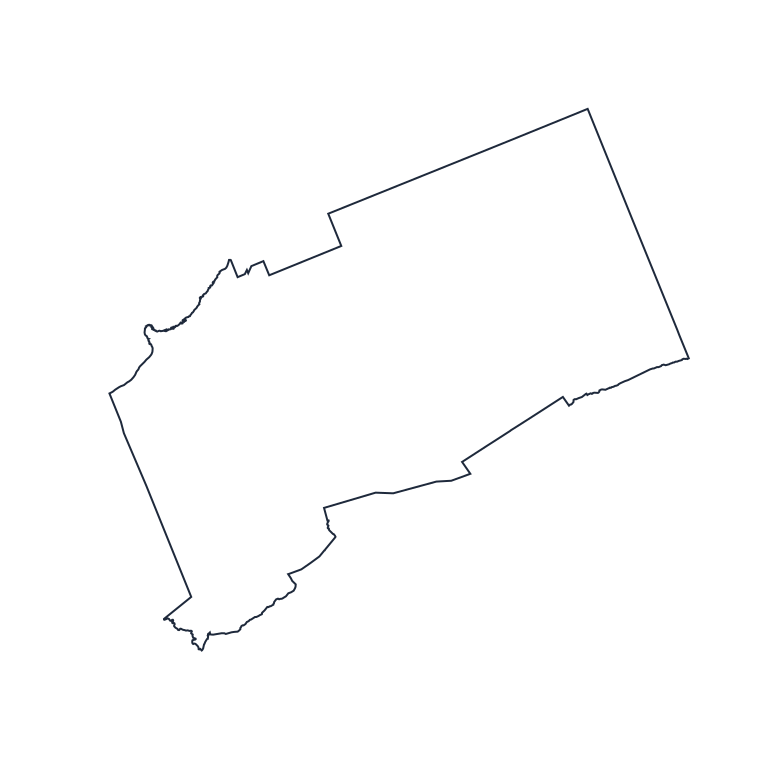 Wakefield, South Australia, Australia, rotated 68°
{"feature_id": "25037944B28741170589797", "entity_name": "Wakefield", "entity_type": "district", "adm_level": 2, "iso_a3": "AUS", "parent_name": "Australia", "parent_adm1": "South Australia", "projection": "equal_earth", "projection_center": [138.381, -34.007], "detail": "fine", "context": "isolated", "style": "outline", "palette": "slate", "viewbox_px": 768, "rotation_deg": 68, "n_neighbors": 0, "source": "geoboundaries", "source_scale": "gbopen_adm2", "svg_char_len": 6106}
<svg xmlns="http://www.w3.org/2000/svg" viewBox="0 0 768 768"><g transform="rotate(68 384 384)"><path d="M520.0,676.2L520.3,676.0L520.4,675.4L520.4,674.3L520.3,673.5L520.4,672.2L521.3,671.4L523.1,671.0L523.5,670.8L523.6,669.9L523.3,668.6L523.5,668.1L523.8,668.0L524.4,668.1L524.9,668.5L525.3,669.6L526.2,669.8L526.7,669.4L526.8,668.5L527.3,668.0L527.9,668.0L528.5,668.2L529.2,669.0L530.1,669.3L531.9,668.6L533.7,667.2L534.8,667.1L535.4,666.3L535.4,665.9L534.6,664.7L534.7,664.2L535.2,663.6L536.2,662.9L537.2,661.6L537.4,661.1L538.3,660.2L538.6,659.5L538.9,658.3L540.1,656.8L540.4,655.5L540.6,655.2L540.9,654.9L541.5,654.9L542.1,655.6L542.8,656.2L543.2,656.1L544.6,655.2L545.7,655.9L547.8,656.0L549.5,654.1L549.9,654.1L550.2,654.7L549.8,657.2L549.9,657.7L551.4,658.5L552.8,658.7L553.6,658.3L553.6,658.1L553.5,657.9L553.7,656.9L554.4,656.1L557.2,654.9L558.8,654.7L559.7,654.9L560.2,655.2L560.5,655.2L560.9,654.7L560.8,653.6L562.8,652.9L562.7,652.4L561.5,650.8L558.0,648.4L557.8,647.9L556.2,646.4L554.4,644.0L553.8,642.9L554.0,642.7L552.7,641.9L552.0,641.7L551.7,641.4L551.7,641.5L551.3,641.7L550.9,641.3L550.0,640.9L549.7,640.3L549.7,639.7L549.2,638.6L551.0,638.9L551.5,638.2L552.4,636.3L554.3,627.8L555.3,625.4L556.5,624.3L557.1,618.4L557.8,615.5L558.8,612.4L558.1,610.2L557.5,609.0L556.5,608.7L555.8,607.6L555.0,606.8L554.8,605.5L555.2,604.7L554.7,602.4L553.3,600.4L553.2,598.6L552.9,597.6L552.4,596.8L552.6,595.5L551.7,590.9L552.2,589.7L552.1,587.2L551.8,585.8L551.7,583.5L550.4,582.7L549.2,579.6L547.0,575.7L547.6,574.6L547.3,573.4L547.6,572.3L547.2,569.9L547.2,569.3L546.3,568.7L546.2,568.3L544.9,567.4L543.3,564.7L543.3,562.7L544.3,561.9L544.3,560.9L544.8,559.3L544.8,558.3L544.6,557.5L544.1,554.4L542.2,551.1L542.3,548.3L541.8,545.2L540.1,543.1L538.9,542.0L536.7,540.9L532.1,542.9L529.2,543.1L524.4,544.1L524.5,542.7L524.9,530.1L522.4,519.1L519.7,508.5L515.9,501.5L516.0,501.2L515.3,500.3L507.8,486.5L507.5,486.2L506.2,486.3L504.3,486.9L503.9,487.5L499.2,489.5L498.6,489.6L497.4,489.3L496.9,490.0L496.5,490.1L495.8,489.8L494.6,488.6L494.1,488.7L493.1,489.3L492.6,489.2L491.2,487.9L490.6,486.9L490.0,486.5L489.7,486.5L489.4,487.6L476.4,486.0L481.6,432.5L488.8,416.4L494.1,372.0L498.9,357.9L499.6,337.6L485.5,340.8L479.8,311.2L474.7,284.3L474.5,284.0L471.3,266.6L463.0,223.0L473.4,220.6L472.8,219.0L473.1,218.3L472.9,217.3L471.7,215.1L469.8,214.2L469.5,213.1L469.7,212.3L470.1,211.7L470.0,208.8L470.2,205.4L468.8,200.5L468.8,199.9L470.4,199.6L470.1,198.1L470.2,197.1L470.0,196.2L470.4,195.4L471.0,195.0L471.0,194.2L470.6,193.5L470.9,192.1L472.4,189.0L472.2,188.0L471.6,187.1L470.7,186.7L470.5,184.7L470.8,183.6L472.3,180.8L472.1,177.0L472.3,176.3L472.0,175.8L472.5,174.9L472.2,174.0L472.5,172.6L472.4,171.9L472.5,171.5L472.3,170.4L472.6,169.3L472.6,167.5L472.1,166.6L471.8,164.5L471.6,159.6L471.8,156.3L470.1,131.9L470.3,128.9L470.7,128.0L470.6,124.5L471.2,123.2L471.2,120.4L470.6,119.4L470.8,117.4L472.1,115.8L472.5,112.2L472.3,110.8L472.5,109.3L472.3,108.2L472.7,107.2L472.7,106.8L472.5,105.4L473.1,103.7L473.0,102.2L473.4,98.9L472.9,98.3L472.8,96.8L473.8,94.9L473.8,94.2L474.5,93.4L474.4,91.8L449.0,91.9L443.7,91.8L325.8,92.1L205.2,92.1L205.4,183.3L205.2,371.9L240.0,371.9L240.2,449.7L224.9,449.8L225.0,462.8L230.4,468.4L226.9,468.4L230.0,471.9L230.1,479.7L211.9,479.6L211.8,479.9L211.3,480.1L210.9,481.2L212.7,482.5L215.7,485.0L217.1,486.7L217.7,488.3L217.6,491.4L218.3,494.5L218.6,494.7L219.2,494.6L219.9,495.3L220.6,497.3L221.0,497.9L221.5,498.3L222.6,498.6L222.9,499.3L223.9,501.4L224.8,502.3L225.1,502.8L225.2,503.9L225.5,504.5L226.1,505.0L226.4,505.0L226.7,504.4L227.0,504.9L227.6,505.7L228.2,506.8L228.2,507.1L227.7,507.7L227.8,508.1L228.6,508.8L229.4,509.0L229.5,509.5L229.3,510.6L230.0,510.9L230.9,512.0L231.9,512.9L232.2,513.8L233.2,515.3L233.2,517.2L234.0,518.8L234.7,518.6L235.0,518.9L235.1,520.8L234.6,521.5L234.7,521.8L235.1,522.5L235.5,522.6L236.3,522.1L236.6,522.7L237.7,523.4L238.6,523.8L239.8,525.2L240.9,525.3L241.5,526.8L242.3,528.3L242.9,528.8L243.3,529.5L244.4,532.3L245.1,533.0L246.0,534.4L246.1,535.3L246.8,536.2L247.7,537.8L248.4,538.5L248.2,539.5L248.6,540.3L248.4,541.1L248.3,542.8L249.2,545.4L249.4,546.7L249.7,546.9L249.9,546.6L249.7,544.2L250.0,544.0L250.8,543.8L251.1,544.1L251.2,544.9L251.0,545.7L251.5,546.1L251.3,546.7L251.4,547.4L252.3,548.0L252.3,548.5L252.1,549.0L251.5,549.0L250.9,549.2L250.8,549.4L250.9,549.7L251.6,550.5L252.4,552.5L252.7,553.8L252.6,554.4L252.1,554.9L252.1,555.3L252.2,555.6L252.8,556.0L253.0,556.4L252.8,556.7L252.2,557.3L252.0,558.0L252.5,558.7L252.8,558.7L253.3,558.2L253.7,558.1L253.9,558.3L253.9,558.6L253.3,559.9L252.6,559.4L252.2,559.6L252.0,560.0L252.1,560.3L252.8,560.6L253.3,561.2L253.3,561.4L253.1,561.8L253.1,562.5L252.7,563.1L253.1,563.9L253.4,566.4L253.2,566.7L252.8,565.5L252.5,564.9L252.3,564.7L251.9,565.0L251.9,569.2L251.5,570.8L251.5,571.1L251.2,571.3L250.4,572.4L250.4,574.7L249.7,575.4L249.3,575.4L249.2,575.8L249.0,576.1L248.6,576.0L247.9,576.5L247.6,577.2L247.3,577.1L247.2,577.5L246.7,577.6L246.6,578.0L246.3,578.4L246.0,578.3L245.9,578.0L245.5,577.0L244.5,577.2L244.6,577.6L244.8,577.8L244.6,577.8L244.6,578.3L244.3,578.4L243.6,578.3L243.6,578.1L244.2,578.0L244.2,577.3L242.5,577.6L241.9,578.6L242.1,578.7L242.0,579.2L241.4,579.3L241.3,579.8L241.3,580.3L241.0,580.2L240.9,580.7L241.1,581.9L241.3,581.6L241.3,581.9L241.9,583.0L242.2,583.2L242.3,583.8L243.0,584.5L243.1,584.8L242.9,584.6L242.9,584.8L243.0,584.9L243.6,585.1L246.5,586.7L248.4,587.1L249.8,586.8L250.6,586.1L251.5,586.0L252.7,586.1L253.6,585.8L254.0,585.3L254.1,585.8L254.7,586.0L256.1,586.1L256.4,585.7L256.5,585.7L258.8,586.5L259.1,586.3L258.9,585.6L259.3,585.4L260.0,585.3L260.4,585.1L261.7,585.2L263.3,585.0L264.4,585.2L266.9,586.4L267.7,586.9L269.3,588.4L269.9,589.3L271.2,591.7L272.4,595.2L273.8,597.8L276.2,603.6L277.0,604.9L278.1,605.9L278.6,606.5L279.4,608.1L280.0,609.0L282.3,611.3L283.8,613.6L285.4,616.8L286.1,619.4L286.3,621.3L287.6,625.5L287.5,628.9L287.7,630.8L288.6,635.4L289.5,638.2L289.7,639.6L289.9,642.1L320.5,642.1L332.1,643.6L389.4,642.5L509.2,642.5L519.4,676.0L520.0,676.2Z" fill="none" stroke="#1e293b" stroke-width="2"/></g></svg>